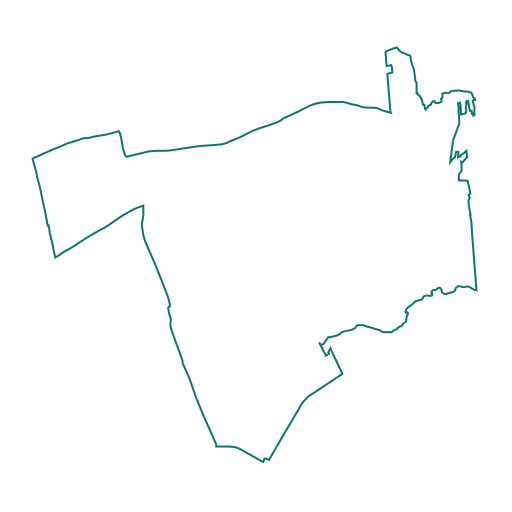 outline of Tepu, Galati, Romania, rotated 89°
{"feature_id": "2599482B67862311598500", "entity_name": "Tepu", "entity_type": "district", "adm_level": 2, "iso_a3": "ROU", "parent_name": "Romania", "parent_adm1": "Galati", "projection": "albers", "projection_center": [27.372, 45.972], "detail": "fine", "context": "isolated", "style": "outline", "palette": "teal", "viewbox_px": 512, "rotation_deg": 89, "n_neighbors": 0, "source": "geoboundaries", "source_scale": "gbopen_adm2", "svg_char_len": 5849}
<svg xmlns="http://www.w3.org/2000/svg" viewBox="0 0 512 512"><g transform="rotate(89 256 256)"><path d="M456.3,262.4L462.1,252.4L458.7,251.1L458.7,249.1L460.2,246.6L441.4,235.3L411.8,217.2L403.8,212.4L398.6,207.6L396.8,205.2L375.4,171.7L350.8,182.7L349.5,183.1L353.4,185.3L354.9,184.6L356.9,187.8L343.5,194.4L345.9,192.8L345.6,191.9L345.5,190.3L338.6,185.3L338.3,183.7L338.5,183.4L338.3,182.3L337.7,180.2L337.3,178.3L337.1,177.0L336.5,175.9L335.8,174.0L334.6,172.6L333.8,171.3L333.2,170.1L332.9,169.2L332.8,168.3L332.4,166.9L332.2,165.2L331.9,163.3L331.6,162.4L331.3,161.1L329.9,158.7L329.8,158.2L329.5,157.8L328.6,157.2L327.8,156.9L327.2,156.0L326.9,154.8L327.0,150.0L328.3,147.1L329.3,143.0L329.9,141.1L331.2,137.6L331.6,135.9L332.5,133.2L333.6,131.9L334.1,131.0L334.5,129.1L334.3,125.4L334.7,123.5L334.6,122.4L334.5,121.8L333.5,120.3L332.8,119.5L332.4,118.2L331.9,117.1L331.5,116.5L329.4,114.2L329.0,113.4L328.9,113.1L328.9,112.2L328.7,111.9L328.4,111.5L326.8,110.5L326.5,110.2L325.8,109.4L325.5,108.8L324.8,107.8L324.4,107.4L323.5,107.0L322.5,107.0L321.0,106.6L318.9,106.3L318.3,106.2L318.0,106.1L317.3,105.4L316.6,105.1L315.6,105.2L315.2,105.4L315.0,105.6L315.0,106.2L315.4,107.0L314.7,107.5L314.4,107.5L312.2,106.7L311.0,105.9L310.5,105.4L310.0,104.9L308.2,102.2L307.3,101.1L306.2,99.5L305.1,98.6L303.8,96.6L303.0,93.4L302.8,92.0L302.6,91.6L302.3,91.4L302.0,90.4L301.9,90.3L300.3,89.8L299.9,89.5L299.5,89.1L299.0,88.4L298.8,87.6L298.6,86.3L298.5,84.6L299.1,82.8L298.7,81.8L298.6,81.2L298.5,80.7L298.2,80.6L297.4,80.5L295.5,81.1L295.1,81.1L294.5,80.9L294.0,80.5L293.5,79.9L293.2,79.4L293.0,78.6L293.0,77.9L293.1,76.7L291.6,75.0L291.2,74.3L291.0,73.5L291.0,72.7L291.2,72.4L292.6,71.3L294.7,70.9L295.9,70.4L296.1,70.2L296.7,69.3L297.1,68.2L297.2,67.2L297.3,66.4L297.0,65.5L296.3,63.3L295.6,60.2L295.2,59.1L294.8,58.5L293.7,57.4L292.3,57.1L291.7,56.8L291.1,56.4L290.5,55.4L290.1,55.0L289.8,54.6L289.8,53.7L289.8,52.8L290.2,51.4L290.5,50.3L290.6,49.4L290.7,48.1L290.4,46.7L290.2,45.5L290.2,44.5L290.4,43.6L290.7,42.9L291.3,42.1L291.6,41.5L292.0,41.2L292.3,40.6L293.0,39.2L293.8,38.2L293.9,37.8L293.7,36.5L293.9,36.2L238.7,39.5L230.0,39.9L225.9,40.0L218.8,41.2L218.7,40.8L209.3,42.3L204.3,42.6L201.2,41.3L198.8,42.3L197.6,40.6L191.8,41.5L184.4,43.2L183.9,51.8L179.9,51.8L177.6,51.5L176.0,50.2L174.3,49.0L172.9,48.9L165.5,49.1L166.3,48.2L160.7,43.2L154.6,43.8L156.9,46.4L158.0,48.4L159.0,49.8L159.9,49.9L160.9,52.2L155.4,51.8L155.4,54.1L160.6,55.3L161.9,56.8L163.4,58.5L165.5,60.2L155.0,58.7L151.1,58.0L150.3,57.8L148.8,57.7L144.8,57.1L141.2,56.0L138.4,54.8L130.9,52.0L127.4,50.4L119.2,50.6L116.1,51.0L110.6,50.8L107.2,51.3L106.8,51.3L106.7,51.2L106.4,50.6L106.1,49.5L106.1,49.4L106.4,49.2L109.8,48.7L111.4,48.8L118.1,48.6L117.6,45.7L117.0,44.8L116.6,43.6L110.6,43.6L108.6,43.0L105.2,43.2L104.8,42.8L104.7,41.2L114.6,39.7L114.5,38.2L114.6,37.8L117.4,37.9L117.4,36.6L119.5,36.3L119.3,35.7L118.8,35.2L118.2,35.1L117.2,35.3L115.7,35.3L111.8,34.8L104.9,36.6L104.3,36.4L103.8,35.9L103.7,35.3L103.7,34.3L102.8,34.3L101.5,35.7L100.9,36.2L98.4,37.0L97.3,37.3L96.5,37.8L96.2,38.7L96.2,39.3L95.4,40.6L95.3,41.3L95.2,41.7L95.2,43.6L94.9,46.3L94.1,50.0L94.1,52.6L94.3,56.4L94.5,57.6L94.8,58.2L96.2,60.1L96.4,60.7L96.5,61.7L96.4,62.2L96.2,62.5L96.1,63.5L96.1,64.6L97.1,66.9L99.3,66.7L100.6,66.8L101.3,67.3L101.7,68.1L102.8,68.1L104.8,67.8L105.2,68.0L105.9,70.1L106.2,71.1L106.1,73.2L106.1,73.6L105.9,74.0L105.7,74.2L105.2,74.5L104.5,74.6L104.3,74.8L104.2,75.2L104.5,75.8L104.6,76.7L105.1,77.2L106.2,78.0L107.3,78.2L108.1,79.3L108.7,80.8L109.0,81.1L109.6,81.2L110.2,81.6L110.6,82.0L111.3,83.1L112.5,83.8L112.0,84.4L107.8,85.0L107.6,86.5L105.3,86.8L102.2,87.5L101.6,88.1L101.1,88.3L100.6,88.3L100.1,88.9L99.9,89.1L99.4,89.2L98.7,89.6L97.7,91.0L97.1,91.5L95.9,91.7L96.1,92.6L85.5,92.4L84.3,93.4L72.8,94.8L69.3,95.9L64.1,97.5L60.9,98.0L58.9,98.1L58.3,98.6L57.8,99.7L56.9,102.6L56.1,103.7L55.5,105.1L55.0,106.8L52.6,109.6L49.9,111.7L51.1,115.4L51.6,117.1L52.4,118.9L52.9,120.5L53.7,122.2L54.8,123.0L60.3,122.5L63.4,122.5L68.3,122.0L68.0,119.6L67.5,117.5L69.8,116.8L72.3,116.6L75.1,116.6L75.2,117.8L75.5,119.3L75.9,120.5L76.2,121.3L76.5,121.5L92.6,120.5L99.4,120.0L114.6,119.0L115.2,118.7L114.9,120.0L112.4,127.6L111.7,129.4L110.7,131.0L109.8,134.9L109.7,136.9L109.7,139.4L109.4,145.1L109.1,147.0L108.5,148.5L107.2,151.8L105.9,157.9L104.2,163.3L104.0,164.5L103.4,166.1L103.5,172.8L103.3,176.7L103.3,182.1L103.8,189.0L104.3,191.9L105.4,196.1L106.9,200.1L108.6,203.7L110.4,207.7L112.1,210.5L113.4,213.7L119.0,226.5L120.5,228.4L121.4,229.6L121.7,230.3L123.3,234.1L128.5,250.7L131.1,258.0L131.5,258.6L137.2,270.4L140.4,278.5L140.2,278.6L142.3,283.1L143.7,287.9L144.5,298.9L144.9,308.0L145.6,314.9L146.6,322.5L148.5,336.6L148.7,338.3L149.2,342.4L149.1,353.6L149.5,361.0L154.4,383.1L154.1,384.3L153.1,385.1L146.4,387.1L136.4,388.6L131.0,389.9L129.4,390.5L128.8,390.9L131.8,402.7L132.0,404.3L132.8,409.0L133.6,414.6L134.2,417.8L135.2,421.6L135.1,425.0L135.8,428.7L137.0,431.2L137.6,433.9L140.2,442.9L143.5,450.5L145.8,457.1L147.0,459.7L150.4,467.9L151.5,470.2L153.0,473.7L153.2,474.6L153.8,475.8L154.9,477.7L169.0,474.1L173.5,473.4L182.8,471.0L200.1,467.7L207.1,466.2L221.8,463.8L221.6,463.0L225.9,462.1L229.0,461.9L239.7,459.4L246.7,458.3L254.0,456.7L251.8,452.9L248.6,448.2L244.0,439.6L235.5,426.2L228.6,414.0L225.5,407.7L222.4,402.5L220.7,400.1L213.6,389.4L210.0,382.8L208.9,381.0L205.8,374.2L203.7,367.8L209.9,367.9L212.4,367.8L223.2,369.7L227.7,369.0L232.7,368.4L237.7,367.1L239.8,366.4L265.5,355.8L295.1,344.8L301.3,343.3L304.5,342.8L306.1,344.7L307.6,344.6L313.0,343.6L314.1,343.1L318.4,342.2L323.9,342.9L329.9,341.4L359.0,331.4L361.6,331.3L377.2,324.7L398.8,317.6L399.4,317.2L412.7,312.1L442.9,299.4L444.5,299.0L445.8,299.1L446.0,287.4L446.5,281.9L446.7,280.7L447.0,279.4L447.7,277.7L448.7,275.4L456.3,262.4Z" fill="none" stroke="#0f766e" stroke-width="2"/></g></svg>